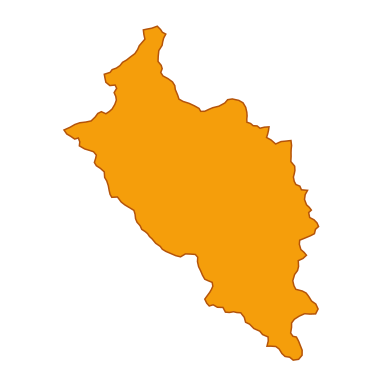 Nazaré Paulista, São Paulo, Brazil, rotated 92°
{"feature_id": "56859067B32892944945715", "entity_name": "Nazaré Paulista", "entity_type": "district", "adm_level": 2, "iso_a3": "BRA", "parent_name": "Brazil", "parent_adm1": "São Paulo", "projection": "albers", "projection_center": [-46.369, -23.204], "detail": "fine", "context": "isolated", "style": "filled", "palette": "amber", "viewbox_px": 384, "rotation_deg": 92, "n_neighbors": 0, "source": "geoboundaries", "source_scale": "gbopen_adm2", "svg_char_len": 2910}
<svg xmlns="http://www.w3.org/2000/svg" viewBox="0 0 384 384"><g transform="rotate(92 192 192)"><path d="M27.5,232.5L29.7,237.9L30.7,242.4L31.7,246.3L36.2,245.6L40.9,244.4L44.0,246.9L47.6,249.8L51.5,251.3L55.7,253.9L59.4,258.5L62.4,262.0L64.8,265.9L68.2,268.4L70.8,271.9L72.5,276.1L75.3,278.0L77.4,283.8L81.0,283.0L85.4,281.9L88.5,277.8L87.8,272.6L91.0,270.9L95.4,273.3L99.1,271.5L102.8,270.8L107.2,272.2L111.8,274.7L114.4,277.4L116.8,280.8L114.9,285.4L116.8,288.9L120.5,291.4L124.5,295.3L125.8,300.6L126.7,306.5L128.6,311.4L131.6,316.2L134.5,322.1L138.4,319.2L140.5,315.3L143.2,311.1L142.0,307.5L145.8,305.9L149.8,306.2L152.7,300.8L154.1,295.5L155.2,291.8L158.5,288.9L161.8,289.5L165.9,290.6L169.1,288.5L171.5,284.5L174.9,280.4L180.5,279.8L183.9,277.6L188.5,275.9L193.5,274.8L197.2,273.8L200.1,272.0L199.6,266.3L204.5,262.4L207.2,258.7L209.3,254.9L212.4,249.4L216.3,248.1L220.6,247.5L224.1,245.9L227.5,242.7L231.1,240.9L233.2,237.4L235.2,234.9L238.0,232.9L240.2,230.3L244.5,226.5L247.5,221.8L250.2,219.7L252.3,216.0L253.7,212.4L256.2,206.0L257.2,201.2L254.1,196.4L254.1,191.3L254.3,186.5L257.0,184.0L261.4,184.1L266.4,182.8L270.5,180.6L274.8,178.6L278.7,176.2L280.1,172.8L281.6,168.7L285.4,167.9L288.5,169.1L291.7,170.8L294.9,173.0L298.6,175.5L302.6,173.4L305.3,170.8L304.0,166.9L306.3,162.6L306.3,157.0L310.9,154.4L311.1,150.4L310.2,146.3L310.9,143.0L311.0,139.1L315.4,135.4L320.3,133.9L322.1,129.8L326.3,125.4L328.7,119.4L332.0,116.5L334.2,110.9L338.3,110.6L343.5,111.7L343.3,107.9L343.5,102.8L345.9,99.4L350.3,96.5L353.1,93.3L353.7,88.6L356.5,85.0L355.5,79.6L351.3,76.3L346.2,76.4L341.9,78.3L337.3,80.3L333.3,82.6L332.7,86.1L329.5,88.5L323.8,87.8L319.4,87.9L315.6,85.3L312.3,80.5L309.7,75.2L309.9,69.9L309.5,64.2L304.5,61.9L299.6,64.4L296.8,68.7L292.2,71.8L289.0,74.4L287.1,78.3L285.6,84.9L282.0,86.9L277.2,88.2L270.9,86.6L266.8,83.8L262.7,82.9L256.9,83.4L254.6,78.8L251.2,75.4L248.4,77.9L245.7,81.2L240.5,82.9L236.4,82.7L233.9,77.1L231.5,71.9L229.4,68.2L225.0,67.3L222.1,64.3L218.5,66.0L215.5,69.1L213.4,73.5L208.5,74.7L205.9,72.1L203.2,74.3L200.8,77.1L195.5,79.3L190.7,78.8L186.3,76.6L186.0,82.7L182.4,84.4L180.9,88.4L177.8,90.2L173.5,91.2L170.0,90.4L166.8,89.9L162.6,90.3L158.1,94.3L153.0,94.2L149.2,94.4L146.0,94.4L142.1,94.1L137.1,94.9L137.9,100.3L138.5,104.8L141.1,110.1L137.3,114.7L134.9,119.4L131.4,118.4L127.8,117.7L124.2,117.3L124.7,122.0L125.9,126.3L123.7,129.2L123.6,133.2L121.5,135.8L120.3,139.6L117.2,139.8L114.0,139.6L110.4,140.0L105.5,141.3L101.1,144.1L98.8,148.4L97.6,155.0L98.5,159.6L101.9,162.3L105.3,168.1L107.0,174.1L108.6,177.6L110.9,182.1L111.1,186.1L108.2,187.9L105.8,192.6L103.5,198.0L101.8,204.1L99.6,208.3L95.7,209.7L90.1,212.3L86.3,212.9L82.7,215.3L79.5,220.0L77.0,225.1L73.6,227.4L69.8,226.1L66.5,227.2L62.7,230.5L57.8,230.5L51.8,230.1L46.5,227.0L42.8,226.5L39.2,225.7L35.1,223.7L33.4,227.2L30.7,229.1L27.5,232.5Z" fill="#f59e0b" stroke="#b45309" stroke-width="1.5"/></g></svg>